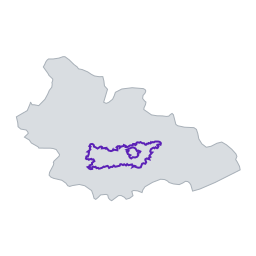 Flemish Brabant on a map of Belgium (Robinson projection), rotated 179°
{"feature_id": "BEL-3475", "entity_name": "Flemish Brabant", "entity_type": "Province", "adm_level": 1, "iso_a3": "BEL", "parent_name": "Belgium", "parent_adm1": "", "projection": "robinson", "projection_center": [4.536, 50.87], "detail": "fine", "context": "in_parent", "style": "outline", "palette": "violet", "viewbox_px": 256, "rotation_deg": 179, "n_neighbors": 0, "source": "natural_earth", "source_scale": "10m", "svg_char_len": 4206}
<svg xmlns="http://www.w3.org/2000/svg" viewBox="0 0 256 256"><g transform="rotate(179 128 128)"><path d="M115.1,63.2L119.6,65.0L123.6,65.4L125.3,64.6L124.2,60.2L127.5,57.8L131.1,56.8L132.7,58.7L136.0,60.6L138.6,60.6L145.6,55.6L147.3,56.6L148.8,58.4L149.1,59.8L149.4,61.3L151.0,62.0L156.5,61.6L159.3,58.9L161.5,57.2L163.2,58.3L164.0,61.7L165.5,66.1L172.2,71.0L177.7,72.4L184.6,71.4L187.3,70.6L189.2,71.3L191.0,73.9L195.0,76.9L203.3,79.0L205.9,80.2L207.7,82.2L207.2,85.0L203.3,92.1L202.8,94.2L203.3,94.9L202.5,96.3L197.4,101.0L196.9,102.7L198.7,105.4L200.1,107.7L203.2,108.8L206.1,109.2L211.7,109.3L217.5,109.5L218.3,110.8L224.9,114.7L226.9,117.7L231.7,120.7L227.8,124.4L228.4,126.1L229.9,127.8L235.2,128.8L237.9,131.2L238.1,135.0L239.4,141.1L228.4,147.2L225.4,154.0L225.1,155.3L224.7,155.1L223.5,152.9L221.5,152.9L216.9,151.9L210.6,158.1L207.7,163.2L206.0,167.0L203.5,170.1L203.0,173.3L203.3,174.7L202.5,176.5L202.4,178.3L206.1,182.0L207.1,184.0L211.6,190.5L210.2,192.9L209.1,195.4L207.8,197.2L206.3,198.4L201.7,198.3L195.8,199.1L191.9,200.4L189.8,200.4L185.6,197.2L180.8,192.3L177.8,190.0L176.4,188.0L172.7,187.2L167.3,184.8L163.6,182.2L160.5,180.6L156.0,179.8L152.3,179.8L151.3,175.5L150.8,170.5L147.8,167.1L151.9,154.2L149.4,153.0L146.8,154.0L142.9,157.0L141.1,160.7L140.0,163.9L133.5,167.1L123.2,168.2L112.0,167.1L110.4,166.2L109.7,165.3L109.7,164.1L110.5,162.4L112.4,160.3L112.9,157.3L110.9,154.7L109.6,153.6L110.1,151.1L111.6,148.0L111.9,146.2L104.3,140.7L98.8,139.7L93.5,139.5L89.5,138.9L87.1,139.1L85.4,140.7L83.7,141.8L82.4,140.5L80.1,130.8L78.3,129.4L71.4,127.8L62.1,127.2L59.6,125.4L58.3,121.1L57.4,115.9L54.4,110.8L52.8,109.6L50.1,107.4L45.2,108.3L39.3,111.2L35.9,112.0L34.5,112.3L29.9,109.5L24.7,105.0L20.6,100.3L19.6,97.7L20.9,94.6L19.4,92.2L17.2,87.7L16.6,84.2L41.9,72.0L57.3,65.7L64.5,63.8L66.2,70.1L67.5,72.1L69.2,73.4L71.5,73.7L74.1,72.1L77.8,70.5L83.6,71.3L87.9,72.8L89.4,74.3L92.2,75.8L96.3,76.2L104.3,73.3L112.0,69.0L114.2,65.9L115.1,63.2Z" fill="#d9dde1" stroke="#a8b0b8" stroke-width="1"/><path d="M107.7,112.6L106.1,112.2L105.3,113.4L104.8,112.9L103.5,113.5L102.4,113.2L101.2,114.0L97.7,113.9L96.5,113.5L95.6,112.7L95.4,111.9L95.8,110.7L97.1,111.1L99.0,110.7L99.1,110.3L97.9,109.0L98.6,107.7L99.3,107.3L100.8,108.3L101.8,107.3L102.7,107.9L103.6,107.6L105.4,106.4L106.2,104.4L105.7,103.3L104.2,103.1L107.0,100.0L107.0,99.2L106.2,98.6L107.7,97.7L107.2,96.3L109.9,97.2L111.2,96.4L111.2,95.5L110.4,93.5L111.3,92.0L113.2,92.5L114.5,92.0L115.9,88.5L117.8,88.1L119.2,88.3L122.1,89.4L121.7,89.9L122.1,90.0L123.9,89.1L123.3,90.2L124.4,90.4L124.7,91.5L128.2,90.8L129.5,91.9L130.6,90.6L132.5,91.8L133.6,91.0L135.4,91.9L136.3,91.9L137.0,90.4L141.3,89.5L142.8,90.2L142.2,91.3L144.4,89.3L145.7,89.5L147.6,88.4L148.6,90.1L149.3,90.5L152.3,89.5L153.0,89.8L154.6,88.7L156.8,88.0L157.9,87.9L158.7,88.7L160.2,88.4L161.1,89.8L162.3,89.5L163.5,90.0L164.5,89.5L164.5,87.7L166.1,87.5L167.4,88.0L169.0,89.6L167.5,90.1L167.2,89.5L166.7,89.6L167.0,91.3L164.6,92.2L164.6,93.8L162.2,95.5L163.0,97.1L163.4,97.3L164.4,97.0L165.3,97.8L167.6,97.0L167.8,97.5L169.8,97.6L170.6,98.1L170.1,100.2L169.9,100.4L168.7,100.1L167.8,102.2L167.4,104.7L168.7,105.0L166.0,107.2L166.5,108.5L165.8,110.0L166.9,110.5L165.8,112.4L164.2,112.7L163.3,112.3L162.4,111.3L162.4,110.0L161.0,109.4L158.8,108.0L156.0,109.8L155.1,109.9L154.3,109.4L154.5,108.1L150.2,108.5L150.4,107.7L149.0,107.6L147.8,105.9L145.4,105.2L143.8,105.7L143.3,106.6L143.1,106.1L142.1,106.5L139.0,105.9L138.8,107.8L139.8,108.9L138.7,109.9L136.8,110.0L136.5,108.4L135.1,109.6L132.6,110.1L132.4,111.0L130.6,110.2L130.3,109.8L130.6,109.0L129.7,108.9L128.4,109.2L126.3,110.5L123.5,110.8L123.2,111.9L122.1,111.9L121.0,110.7L120.6,111.0L121.2,111.8L119.9,111.8L119.8,112.9L119.4,113.3L118.5,113.5L116.9,113.1L115.8,113.7L113.9,112.5L112.3,112.5L111.1,111.1L110.5,110.9L109.9,111.1L109.5,111.9L108.1,111.9L107.7,112.6ZM129.7,106.2L127.8,105.1L128.3,104.4L129.5,104.3L128.6,102.0L126.2,100.8L127.2,100.1L127.2,99.4L126.3,98.1L125.3,97.5L123.8,98.7L121.3,98.4L119.2,99.2L118.1,100.9L118.7,101.8L118.3,103.0L116.8,103.2L116.1,104.3L118.3,105.3L119.4,104.8L120.9,107.4L122.5,108.3L123.8,108.5L125.0,108.2L129.7,106.2Z" fill="none" stroke="#5b21b6" stroke-width="2"/></g></svg>